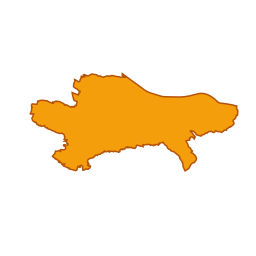 outline of Kota Bogor, Jawa Barat, Indonesia, rotated 290°
{"feature_id": "22746128B63896883204987", "entity_name": "Kota Bogor", "entity_type": "district", "adm_level": 2, "iso_a3": "IDN", "parent_name": "Indonesia", "parent_adm1": "Jawa Barat", "projection": "robinson", "projection_center": [106.783, -6.595], "detail": "fine", "context": "isolated", "style": "filled", "palette": "amber", "viewbox_px": 256, "rotation_deg": 290, "n_neighbors": 0, "source": "geoboundaries", "source_scale": "gbopen_adm2", "svg_char_len": 5778}
<svg xmlns="http://www.w3.org/2000/svg" viewBox="0 0 256 256"><g transform="rotate(290 128 128)"><path d="M114.6,30.5L114.5,30.9L113.8,30.6L111.5,31.4L107.9,31.3L107.8,31.5L107.9,32.3L109.0,33.9L109.0,34.5L107.9,34.4L106.8,34.7L104.4,34.3L102.8,35.4L102.2,36.3L101.7,37.9L101.6,38.9L102.0,39.2L101.9,39.8L101.2,40.1L100.6,41.0L100.2,41.3L100.5,42.0L100.0,42.6L99.7,43.7L100.6,44.6L99.9,45.7L99.9,46.1L100.5,46.9L100.7,47.7L101.7,48.6L101.5,49.1L100.9,49.3L100.4,50.0L100.1,51.0L100.3,52.0L100.6,52.3L99.8,53.0L100.0,56.0L99.7,57.0L99.6,60.3L99.2,62.4L99.6,64.3L99.4,65.5L99.6,65.7L99.8,66.6L100.3,67.1L100.5,67.8L99.9,70.3L98.4,71.1L98.3,71.6L97.7,71.9L95.6,71.8L96.1,74.9L95.9,75.0L95.4,74.9L94.8,74.3L95.1,73.9L94.0,72.9L94.4,74.5L92.9,75.6L92.7,76.8L92.1,77.3L91.5,77.3L90.8,76.3L90.7,74.4L90.5,73.7L89.9,73.2L89.3,73.5L89.0,75.4L88.3,76.2L87.9,76.4L86.8,76.3L85.5,75.2L84.9,72.4L84.6,72.0L84.4,71.9L83.4,72.7L82.8,72.6L83.1,70.7L81.9,69.4L81.6,67.8L78.9,67.9L75.6,66.7L75.4,66.8L75.3,67.9L74.9,68.1L74.6,69.8L74.4,69.8L74.4,70.3L74.1,70.3L74.0,70.9L74.3,70.9L74.1,71.9L73.7,73.4L72.1,74.7L72.2,76.1L72.4,76.2L72.9,75.8L72.6,76.6L71.9,78.2L71.2,78.4L71.5,79.7L72.2,79.9L72.5,80.8L72.0,80.8L70.6,79.9L70.2,80.5L70.2,83.0L69.9,85.7L70.1,85.9L70.1,86.3L69.4,86.7L70.0,91.8L69.9,93.1L71.0,94.3L74.5,94.0L74.5,95.3L75.1,94.9L75.4,95.0L74.9,96.2L75.0,96.5L76.2,96.2L76.9,96.5L76.9,97.1L76.2,98.6L75.1,98.8L74.3,99.4L73.0,99.8L73.1,100.5L73.6,101.3L75.2,102.3L75.2,103.5L75.7,104.8L76.4,105.0L77.2,105.7L79.2,105.9L79.5,105.4L78.9,104.8L78.9,104.3L79.3,102.8L79.6,103.0L79.7,103.6L80.0,103.5L80.4,103.7L80.8,102.8L81.2,102.9L81.3,102.5L81.7,102.6L81.8,101.8L84.1,101.2L84.7,101.3L86.5,102.7L88.2,105.5L89.0,106.0L90.2,106.1L90.6,106.8L91.5,107.0L91.7,107.5L91.8,108.7L93.2,109.1L93.6,110.5L94.2,111.2L95.5,111.7L95.9,112.9L96.8,112.9L97.2,113.1L97.3,113.7L98.4,113.8L98.4,114.1L98.0,114.3L98.2,115.6L98.9,116.4L98.9,117.2L99.7,117.8L100.0,118.6L99.8,118.8L99.3,118.6L99.1,118.8L100.1,119.8L100.7,120.8L100.8,121.8L100.6,122.3L101.3,122.9L101.8,124.1L101.8,125.1L102.1,126.3L102.0,127.5L103.0,128.4L103.2,128.1L104.5,128.1L105.6,128.6L105.8,129.1L105.5,129.7L105.7,130.1L106.1,129.6L106.4,129.9L107.0,131.7L107.0,132.1L108.1,132.2L108.6,132.9L109.3,132.9L109.5,133.5L109.4,134.1L109.8,134.2L110.0,133.9L110.2,134.1L109.6,135.0L110.3,135.5L110.3,137.0L110.6,137.8L111.0,137.8L111.2,138.3L111.1,138.7L110.8,139.2L110.8,139.7L111.2,140.7L111.1,141.4L112.5,142.0L114.4,142.0L114.9,142.3L115.1,143.3L115.2,146.1L115.8,147.0L115.6,148.6L117.5,147.9L117.5,149.2L118.6,150.4L118.8,151.5L119.6,152.3L119.7,153.2L119.4,155.2L120.2,155.6L120.1,157.1L120.4,157.4L120.2,158.2L121.5,158.8L121.7,159.2L121.5,159.7L122.1,160.2L122.4,161.4L122.3,162.5L122.9,162.7L123.3,162.0L123.7,162.2L123.4,162.8L123.9,163.1L124.1,162.8L124.8,163.0L124.9,163.4L125.9,164.8L126.0,165.9L126.4,166.0L124.8,168.4L124.4,170.6L123.0,171.6L122.1,173.3L122.1,175.1L121.3,175.9L121.4,176.3L121.2,176.9L121.4,179.1L120.3,182.4L119.9,183.0L119.8,184.1L118.8,186.1L118.2,186.4L118.0,186.8L117.6,186.7L117.0,187.2L115.2,190.0L114.4,190.5L113.8,191.4L110.4,193.1L108.4,195.2L107.6,195.6L107.2,196.3L110.6,198.9L115.3,199.7L117.1,200.6L118.0,201.8L118.9,202.4L121.5,203.0L122.9,202.8L123.8,201.8L124.3,201.6L124.7,200.7L125.3,200.2L126.0,198.3L126.4,198.0L126.5,196.0L126.7,195.7L128.3,196.4L128.6,196.2L128.8,195.8L128.7,195.4L129.1,194.7L130.3,193.8L131.1,191.2L133.3,189.6L135.7,186.9L136.7,188.2L137.7,190.1L139.0,189.5L139.7,189.9L139.9,189.4L141.7,190.8L140.9,193.4L140.4,194.0L141.3,194.1L141.6,193.8L142.6,194.2L142.8,193.2L143.3,193.2L144.1,191.5L145.2,190.4L145.3,189.7L145.8,189.1L146.3,187.6L147.0,187.9L147.2,190.9L146.5,192.9L145.4,194.0L145.0,194.8L145.4,199.4L146.9,200.0L148.1,201.9L149.7,202.5L150.1,203.9L151.9,204.8L152.4,205.2L152.5,206.2L153.3,207.0L153.4,207.5L153.0,209.0L153.1,210.2L153.6,210.8L155.4,211.1L155.3,212.6L155.5,214.4L156.0,215.5L156.0,217.6L158.1,219.0L158.9,219.2L159.2,219.6L159.3,221.0L160.3,221.3L161.1,221.1L162.2,222.2L163.3,222.6L163.6,223.7L164.3,223.7L165.1,224.8L167.7,226.1L168.6,226.0L169.3,225.7L170.1,224.6L171.6,224.3L173.3,225.5L174.6,225.7L175.7,225.5L177.1,225.7L177.3,226.5L181.0,225.6L182.4,224.9L183.0,223.6L185.9,222.6L185.4,220.9L185.6,219.7L184.6,213.5L182.8,205.4L183.1,203.8L185.1,198.9L186.3,193.8L186.6,191.0L186.4,188.1L185.7,185.2L184.6,182.8L178.8,174.2L176.4,169.7L174.9,166.3L171.0,155.0L169.8,151.4L169.2,148.7L168.6,136.7L168.9,132.7L169.5,130.2L177.1,104.1L176.4,104.4L175.7,104.4L175.4,105.2L175.6,105.8L175.0,106.7L174.6,107.7L174.1,106.2L174.0,105.1L173.3,104.3L173.2,103.9L173.1,102.1L172.2,98.4L172.2,96.3L171.3,93.8L170.3,93.3L170.1,91.2L169.7,90.4L167.8,87.9L167.2,87.5L167.2,85.0L167.5,84.3L166.7,82.8L166.7,81.6L167.3,80.2L166.3,75.3L164.1,73.7L163.4,72.4L163.0,72.1L163.3,69.6L163.2,68.5L162.8,68.1L162.1,69.5L161.5,70.0L161.2,69.8L161.1,67.2L160.6,66.4L160.1,66.5L159.9,67.7L159.6,67.5L159.5,66.7L157.5,66.7L156.6,66.5L155.4,66.7L155.1,66.5L154.6,65.7L154.6,65.3L154.9,64.3L155.3,61.3L154.0,62.0L150.9,61.9L148.1,62.7L147.3,65.2L147.2,67.0L146.1,68.9L146.1,70.1L145.6,70.0L145.5,70.6L144.4,70.3L143.9,69.8L143.5,69.9L143.1,69.7L142.5,70.1L142.0,69.8L142.2,63.4L140.0,64.6L137.2,66.6L136.8,66.7L135.8,67.8L135.5,67.9L135.5,71.1L131.4,71.8L131.3,70.7L129.4,70.5L129.4,69.3L128.8,69.0L129.1,68.0L128.0,67.6L128.7,62.0L128.0,61.7L127.9,60.8L127.9,60.4L128.5,60.3L128.9,58.9L129.4,54.4L129.0,53.3L129.0,52.1L128.3,51.6L128.5,51.1L128.4,50.7L127.4,50.0L126.9,49.3L126.7,47.8L126.0,49.6L125.6,49.5L125.5,49.1L125.4,45.8L125.6,44.0L125.9,43.0L124.8,38.0L123.6,35.6L123.1,35.1L122.6,35.0L122.4,34.0L119.3,34.4L118.7,33.0L118.1,30.4L117.6,29.6L116.2,29.5L115.7,29.7L115.1,30.4L114.6,30.5Z" fill="#f59e0b" stroke="#b45309" stroke-width="1.5"/></g></svg>